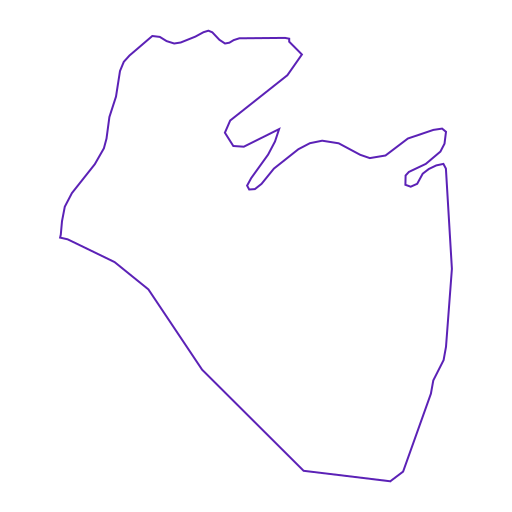 an SVG outline of Corozal
{"feature_id": "BLZ-1325", "entity_name": "Corozal", "entity_type": "District", "adm_level": 1, "iso_a3": "BLZ", "parent_name": "Belize", "parent_adm1": "", "projection": "robinson", "projection_center": [-88.323, 18.225], "detail": "fine", "context": "isolated", "style": "outline", "palette": "violet", "viewbox_px": 512, "rotation_deg": 0, "n_neighbors": 0, "source": "natural_earth", "source_scale": "10m", "svg_char_len": 1092}
<svg xmlns="http://www.w3.org/2000/svg" viewBox="0 0 512 512"><path d="M208.4,30.7L212.3,32.3L219.4,39.8L225.0,43.5L229.4,42.7L233.7,40.1L239.3,38.3L285.0,37.9L289.2,38.7L289.2,41.7L301.9,54.5L287.4,75.2L230.2,120.5L224.9,132.7L233.3,146.0L243.8,146.7L279.1,129.1L275.0,141.5L268.1,154.6L251.2,178.1L247.1,185.6L249.2,189.5L254.9,189.1L261.5,183.9L273.9,168.6L298.4,149.2L309.9,143.2L322.2,140.7L338.7,143.3L360.2,154.8L369.8,158.1L385.5,155.5L407.9,138.5L433.4,129.9L442.1,128.6L446.0,131.8L444.5,143.7L440.4,151.6L425.8,163.9L408.9,171.9L405.6,175.5L405.4,184.8L410.7,186.7L417.2,183.8L422.7,173.7L428.8,169.0L436.3,165.4L443.4,163.9L445.9,168.6L451.9,268.9L446.0,346.8L443.6,360.1L433.3,380.4L430.9,393.7L403.1,471.6L390.5,481.1L390.4,481.3L303.6,470.8L202.1,369.7L148.4,289.4L114.6,262.1L67.6,239.3L60.1,237.6L60.8,234.6L62.0,221.2L64.8,206.7L71.9,193.1L94.8,164.2L103.9,148.3L106.5,138.6L109.4,117.0L116.0,96.6L120.0,71.0L123.8,61.8L129.5,55.5L152.3,36.0L159.8,36.9L166.6,41.1L174.2,43.5L180.7,42.5L195.4,36.6L203.5,32.2L208.4,30.7Z" fill="none" stroke="#5b21b6" stroke-width="2"/></svg>